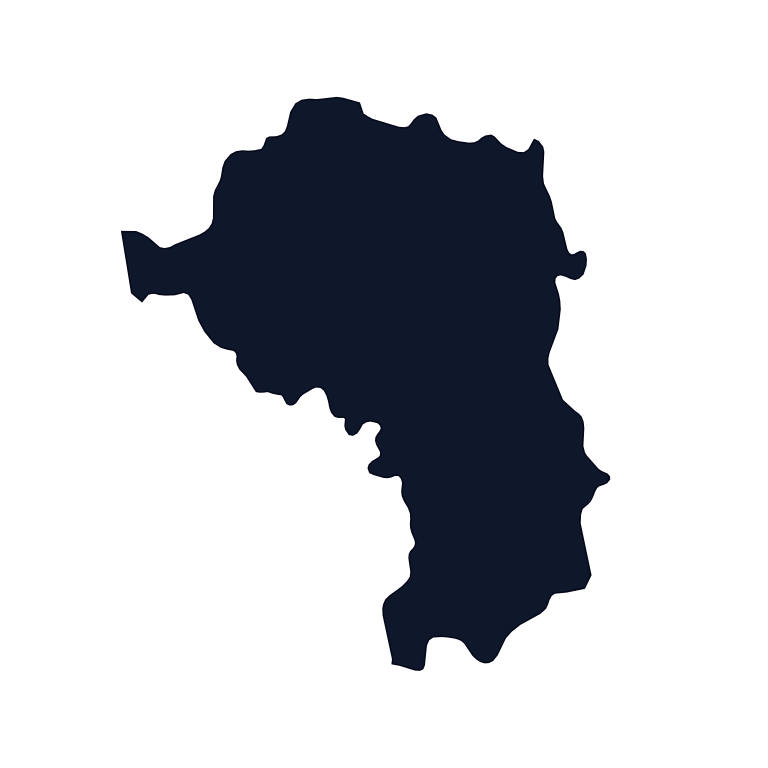 Cluj, Equal Earth projection, rotated 257°
{"feature_id": "ROU-296", "entity_name": "Cluj", "entity_type": "County", "adm_level": 1, "iso_a3": "ROU", "parent_name": "Romania", "parent_adm1": "", "projection": "equal_earth", "projection_center": [23.487, 46.867], "detail": "fine", "context": "isolated", "style": "filled", "palette": "ink", "viewbox_px": 768, "rotation_deg": 257, "n_neighbors": 0, "source": "natural_earth", "source_scale": "10m", "svg_char_len": 3449}
<svg xmlns="http://www.w3.org/2000/svg" viewBox="0 0 768 768"><g transform="rotate(257 384 384)"><path d="M591.5,162.8L588.1,176.6L584.2,182.1L579.3,187.1L567.2,195.9L565.0,200.7L564.9,206.5L566.4,211.6L570.5,238.3L572.3,244.1L574.9,248.9L578.9,252.9L583.7,255.3L605.0,260.4L610.6,263.4L618.4,270.1L622.5,272.4L631.1,275.9L636.6,279.4L641.8,286.4L643.4,292.2L642.9,298.3L641.1,304.3L640.1,310.5L640.0,317.6L643.0,320.8L649.5,325.0L650.3,328.0L649.5,331.5L648.9,335.3L649.5,340.8L652.1,344.9L656.7,348.0L669.8,354.4L676.8,361.2L678.8,367.7L678.1,375.4L676.0,382.3L673.7,402.2L671.5,408.2L663.3,423.2L651.9,424.3L648.5,427.4L644.4,432.0L630.6,456.1L628.9,461.5L628.9,465.7L631.2,469.1L634.5,472.9L637.1,477.7L637.5,486.0L635.0,491.3L631.4,494.3L617.9,496.5L613.0,498.5L606.8,503.9L603.2,510.8L599.3,520.9L598.5,526.5L599.4,530.9L601.5,534.8L602.6,538.8L602.2,544.3L599.7,547.0L591.7,551.6L586.8,556.1L579.3,566.5L577.7,572.4L579.7,577.8L588.3,585.4L585.4,589.0L579.1,591.8L574.2,591.7L550.8,585.0L543.2,584.2L529.5,587.2L523.8,587.8L506.9,587.4L503.2,588.3L495.9,591.3L491.5,592.1L473.8,592.3L469.7,593.4L467.4,595.5L467.2,598.7L468.2,601.8L468.9,605.1L468.1,607.7L465.7,609.3L460.3,609.1L454.1,607.3L446.4,602.6L443.6,597.8L443.0,593.6L445.0,589.7L448.1,585.7L450.9,580.8L450.8,577.0L448.6,574.3L444.4,573.0L432.1,574.0L425.2,573.7L417.1,572.3L398.5,565.6L377.6,551.8L372.1,549.2L365.8,547.9L328.0,554.2L314.4,563.6L310.7,566.8L307.2,568.7L302.3,569.3L296.0,568.5L278.8,563.6L271.9,563.7L268.3,564.9L252.8,573.3L249.9,575.9L245.9,581.2L243.0,582.7L240.4,582.2L237.8,578.8L237.1,575.6L236.5,569.9L234.7,567.2L231.5,564.6L226.9,561.5L223.5,558.6L221.5,555.5L218.1,548.9L212.8,546.0L204.3,543.6L151.3,542.5L140.0,533.4L140.4,515.3L142.0,503.1L140.4,499.3L136.8,496.1L132.6,493.6L129.2,490.9L125.7,484.9L119.3,462.4L114.5,452.3L109.6,445.3L94.7,433.3L90.2,427.6L89.2,423.3L89.9,419.3L92.0,415.7L95.3,412.5L99.5,409.7L113.3,404.4L116.7,402.0L119.2,398.7L121.2,394.8L123.3,389.5L125.1,383.9L126.7,374.9L124.7,369.9L120.0,366.4L101.0,359.9L97.8,357.6L97.2,354.4L98.5,350.0L106.7,335.8L109.6,329.1L114.0,330.6L158.7,331.3L165.3,332.5L169.4,334.3L173.2,337.2L176.0,341.6L182.2,356.1L186.2,362.4L190.0,366.4L194.8,368.1L208.7,369.3L212.2,370.4L214.8,372.4L216.6,375.2L218.6,377.5L221.5,379.1L225.0,379.3L233.2,377.9L237.7,377.8L242.0,378.5L246.1,379.8L251.6,380.9L258.0,380.1L265.4,377.7L270.7,376.8L275.0,377.2L283.5,380.1L288.2,379.8L291.6,378.0L292.7,373.9L292.0,370.0L292.2,366.1L293.3,362.7L298.3,353.7L300.9,350.3L305.4,349.7L308.6,351.5L311.0,355.3L313.4,362.7L315.4,364.9L318.7,365.6L326.6,363.4L330.5,363.2L333.6,364.2L336.2,366.6L338.5,369.4L341.2,371.6L344.7,371.4L348.0,369.2L351.2,362.4L351.4,358.0L349.8,353.6L345.8,350.1L342.5,346.4L341.2,342.1L342.8,338.8L348.3,336.6L352.1,336.7L358.5,338.8L360.6,338.0L362.0,331.8L363.7,328.9L368.1,326.7L372.5,326.1L380.9,326.3L385.9,325.9L391.4,324.5L395.1,321.6L396.6,317.0L396.0,313.2L392.6,302.6L390.9,299.4L385.8,293.7L384.5,290.6L384.9,287.4L386.9,285.0L394.6,283.0L397.0,281.6L397.7,279.0L400.2,273.6L403.0,269.1L403.4,264.9L404.2,261.0L405.5,257.9L422.6,251.9L431.0,246.9L435.9,245.7L440.1,245.9L444.0,247.3L447.5,247.3L450.7,245.3L453.3,239.3L456.6,233.5L462.5,227.7L475.5,221.4L487.7,218.0L509.9,215.9L515.6,213.9L518.5,209.5L518.2,200.2L520.0,191.2L521.8,185.5L524.1,181.2L524.8,177.5L524.6,174.2L518.8,166.7L529.5,158.7L591.5,162.8Z" fill="#0f172a" stroke="#020617" stroke-width="1.5"/></g></svg>